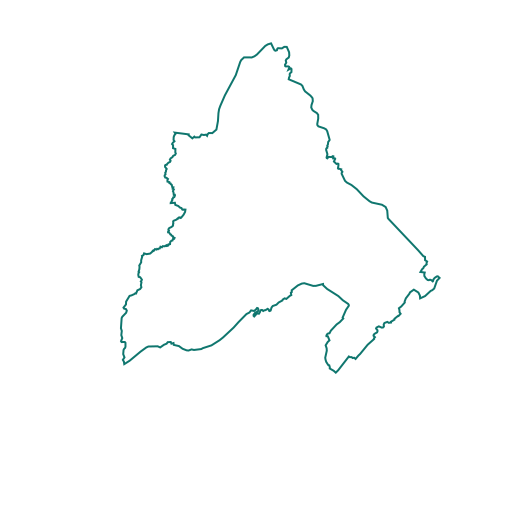 Bueng Na Rang, Phichit, Thailand (Equal Earth projection), rotated 45°
{"feature_id": "78962969B60737271692218", "entity_name": "Bueng Na Rang", "entity_type": "district", "adm_level": 2, "iso_a3": "THA", "parent_name": "Thailand", "parent_adm1": "Phichit", "projection": "equal_earth", "projection_center": [100.12, 16.173], "detail": "fine", "context": "isolated", "style": "outline", "palette": "teal", "viewbox_px": 512, "rotation_deg": 45, "n_neighbors": 0, "source": "geoboundaries", "source_scale": "gbopen_adm2", "svg_char_len": 6131}
<svg xmlns="http://www.w3.org/2000/svg" viewBox="0 0 512 512"><g transform="rotate(45 256 256)"><path d="M219.5,408.6L220.8,411.7L221.8,411.9L224.0,409.6L225.1,409.7L227.8,412.4L228.4,413.5L228.4,414.9L228.8,416.1L231.5,419.3L234.7,420.7L235.3,423.6L237.3,424.1L239.3,425.6L240.7,419.4L242.0,405.2L243.1,398.2L243.9,396.1L250.3,389.4L252.9,388.4L253.7,383.8L254.8,381.2L254.5,379.4L256.5,377.1L258.2,377.8L259.2,375.9L260.7,377.0L265.2,374.2L269.7,373.5L273.6,371.8L275.1,370.6L276.5,367.6L278.6,366.3L283.1,360.5L283.6,358.7L287.7,350.7L289.8,341.3L290.3,336.8L290.8,322.5L290.4,315.1L290.3,303.8L291.3,300.7L291.0,297.9L293.4,296.3L293.8,294.2L293.5,292.0L294.2,291.6L295.4,292.0L296.3,293.2L296.5,294.0L295.5,296.7L295.8,299.2L296.6,300.0L297.5,300.0L297.4,297.7L297.0,296.4L298.9,294.7L298.5,293.0L297.7,291.3L297.8,290.5L298.6,289.8L300.0,289.8L300.3,288.5L301.0,287.6L301.6,285.1L302.9,284.9L304.2,285.5L304.6,285.3L304.9,284.2L303.4,281.4L303.2,279.5L304.9,276.0L304.9,272.8L306.1,268.8L305.7,268.0L306.2,265.7L307.8,264.9L308.1,260.2L308.6,258.7L306.6,257.3L306.8,256.2L305.5,255.0L306.4,247.2L307.9,243.1L309.4,241.1L317.6,236.7L319.5,234.7L323.2,228.4L324.1,229.2L329.6,229.0L342.6,226.1L348.7,225.9L355.1,224.7L356.4,225.1L356.8,225.6L357.7,230.4L360.8,238.3L361.9,238.5L362.0,243.6L361.4,247.4L361.7,255.8L362.6,258.7L361.8,259.7L361.6,261.3L362.2,262.7L362.5,262.9L363.6,262.0L367.6,263.7L367.5,266.0L368.4,269.9L371.2,271.3L373.0,272.9L376.9,279.0L378.6,280.2L380.5,281.2L383.6,281.9L384.4,282.0L385.1,281.5L386.9,282.5L387.7,283.4L392.2,282.2L394.9,282.1L394.9,278.7L392.7,261.4L393.8,261.2L395.1,259.9L396.5,259.8L397.4,258.5L399.2,258.4L398.8,253.8L398.9,251.8L397.7,239.8L398.2,231.2L397.6,230.8L397.5,229.3L395.6,229.3L395.1,228.9L394.8,227.4L395.6,224.4L395.2,223.4L394.4,222.6L392.2,222.4L391.8,221.4L392.6,218.9L395.6,217.7L396.4,216.6L396.3,215.4L394.7,214.1L394.2,212.5L395.5,209.7L397.1,209.4L398.5,207.6L397.9,207.1L398.9,203.1L398.3,202.5L398.8,197.9L399.2,197.7L399.1,194.6L397.3,194.3L395.5,192.7L394.0,191.9L394.4,189.0L394.1,183.7L393.3,183.1L391.9,180.0L391.1,174.0L390.6,172.9L391.4,168.2L396.6,167.0L399.9,168.1L402.0,169.9L403.9,164.8L404.2,157.1L404.8,155.6L405.0,153.0L401.4,145.5L401.3,141.7L398.9,141.8L398.3,142.6L397.8,145.2L398.1,147.3L398.9,148.5L398.9,149.0L397.1,149.1L395.8,149.7L395.3,150.9L394.3,151.6L392.0,151.7L389.2,151.1L387.9,149.9L387.0,148.4L383.6,151.0L382.8,148.0L382.9,146.3L382.3,144.8L382.6,141.2L381.6,140.5L380.9,138.9L378.5,139.4L376.1,137.1L374.4,137.8L366.7,137.3L323.5,136.1L322.3,135.9L316.7,131.1L313.0,129.7L308.8,130.7L300.1,136.3L297.5,137.0L289.8,137.8L280.0,137.5L273.3,138.3L268.3,139.8L265.8,139.9L258.4,137.3L257.9,136.8L257.6,135.4L255.1,135.0L254.9,134.5L253.1,135.5L252.6,136.1L251.9,136.0L250.2,133.6L249.1,132.6L248.5,132.8L247.8,134.0L244.3,134.1L243.3,131.3L242.7,131.2L241.5,132.4L240.2,130.8L239.7,131.1L239.4,132.7L237.2,134.6L237.4,136.5L236.8,136.7L236.3,136.5L234.5,133.5L230.6,131.4L229.7,130.3L229.9,129.1L229.4,128.8L229.2,127.9L228.4,127.6L228.0,126.3L226.4,124.3L226.1,122.1L225.8,121.7L218.1,117.4L216.1,116.9L213.9,117.5L208.5,120.2L207.0,120.1L206.0,119.4L202.8,114.8L200.1,112.2L198.0,111.9L194.0,112.8L192.4,112.8L190.0,111.9L188.5,110.0L186.7,106.4L184.8,104.7L183.9,104.3L181.1,104.1L174.3,104.9L172.0,104.4L168.5,102.9L166.5,102.9L154.2,107.9L153.2,106.5L152.6,104.8L151.2,103.6L150.9,102.8L151.0,100.9L148.9,98.7L147.9,98.7L147.2,101.3L146.3,99.2L145.7,98.8L144.8,99.1L142.9,101.0L142.4,101.1L141.3,100.3L140.7,97.9L138.8,96.7L138.4,95.4L138.8,92.5L137.7,90.6L135.3,88.5L129.9,86.4L128.1,88.1L127.5,90.9L124.6,93.5L124.5,94.3L125.3,95.7L124.6,97.1L123.7,97.4L122.3,97.1L116.3,95.0L114.7,98.0L114.0,100.9L114.2,112.9L113.7,115.9L112.6,118.6L107.1,124.0L107.0,127.9L107.6,129.9L113.8,142.4L120.4,164.4L124.6,175.1L126.1,178.3L128.4,181.5L133.7,187.5L138.6,194.6L138.2,200.0L135.7,202.4L135.7,204.2L136.4,205.6L134.8,205.6L133.6,207.3L131.5,208.7L132.1,212.0L129.1,215.2L128.0,215.2L127.8,217.8L122.9,218.3L122.4,217.6L111.3,226.2L112.7,226.5L112.9,228.4L113.7,230.1L115.6,232.2L117.2,232.5L117.1,234.7L117.5,236.2L119.0,236.3L121.1,238.4L123.3,237.3L125.7,239.8L126.8,240.2L127.3,241.7L126.6,243.7L127.0,245.2L126.6,247.4L127.0,248.8L128.3,249.1L128.7,250.3L128.1,251.9L128.1,253.8L128.4,254.6L127.6,255.6L127.7,256.3L128.7,257.3L131.3,257.6L131.8,259.1L132.7,260.1L133.0,261.4L134.2,262.1L134.4,263.6L135.1,264.3L136.4,264.7L137.4,264.0L139.3,263.8L139.6,264.9L140.8,266.0L142.5,265.0L143.3,265.7L144.3,265.1L145.1,265.5L146.0,265.2L148.1,266.5L149.0,265.9L149.5,267.4L150.8,267.0L151.4,268.9L152.6,269.3L154.6,270.9L155.3,270.1L155.9,270.5L156.6,272.2L156.0,273.1L156.6,274.2L156.5,275.1L157.3,275.6L157.4,276.4L158.2,277.5L157.9,278.4L158.3,278.9L161.0,275.7L162.8,276.9L165.7,275.6L168.1,275.5L169.4,274.8L171.0,275.3L171.8,274.9L172.0,274.2L173.3,273.1L174.7,275.0L175.6,278.0L176.0,282.0L175.6,282.7L174.9,282.5L174.3,283.1L174.1,284.4L174.4,285.0L174.0,285.4L174.1,286.3L172.8,289.5L173.1,290.3L174.5,291.4L174.7,292.1L175.4,292.6L175.9,293.5L175.7,295.3L174.9,297.6L175.1,298.8L175.5,299.4L176.5,299.6L176.6,300.9L177.1,301.4L177.8,300.8L180.2,301.3L180.9,300.9L181.8,301.3L183.5,300.8L184.6,301.7L184.9,301.1L185.6,300.8L186.0,301.7L185.4,303.0L186.0,304.1L185.4,305.0L185.4,306.7L186.8,308.4L185.9,309.6L186.5,310.4L186.4,311.2L185.9,311.9L185.5,311.2L185.2,311.3L184.4,313.9L183.1,315.0L183.3,316.4L181.9,317.0L182.6,318.7L181.9,319.7L181.9,320.5L181.0,320.9L181.1,321.8L179.7,322.5L180.1,324.5L179.9,325.1L179.4,324.8L179.3,325.1L179.6,326.9L179.4,329.2L177.3,332.1L175.0,333.3L175.8,334.9L175.3,336.6L176.1,337.1L177.8,340.2L179.3,341.7L180.2,345.3L181.3,346.0L182.9,347.9L184.1,350.2L184.8,350.1L185.2,351.4L186.1,352.6L187.8,353.7L189.1,352.9L192.0,353.4L192.5,354.4L192.5,355.4L193.7,355.7L195.2,358.0L197.1,359.2L197.4,361.4L196.4,364.1L197.7,367.3L197.0,367.7L197.0,368.7L195.8,371.9L194.8,373.6L196.4,380.1L198.3,382.2L198.8,386.2L199.9,386.5L201.6,385.5L203.3,386.0L204.3,388.0L204.4,393.5L204.9,394.9L211.6,402.6L214.1,403.9L216.7,407.2L219.5,408.6Z" fill="none" stroke="#0f766e" stroke-width="2"/></g></svg>